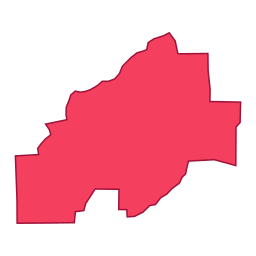 the district of Nova Bréscia, Rio Grande do Sul, Brazil
{"feature_id": "56859067B97551454910446", "entity_name": "Nova Bréscia", "entity_type": "district", "adm_level": 2, "iso_a3": "BRA", "parent_name": "Brazil", "parent_adm1": "Rio Grande do Sul", "projection": "natural_earth1", "projection_center": [-52.037, -29.217], "detail": "fine", "context": "isolated", "style": "filled", "palette": "rose", "viewbox_px": 256, "rotation_deg": 0, "n_neighbors": 0, "source": "geoboundaries", "source_scale": "gbopen_adm2", "svg_char_len": 930}
<svg xmlns="http://www.w3.org/2000/svg" viewBox="0 0 256 256"><path d="M228.8,163.6L235.8,165.6L236.0,127.1L240.1,122.5L240.6,102.1L209.9,101.5L210.1,89.4L208.1,70.4L207.9,53.5L177.9,53.8L175.1,40.8L169.2,32.8L163.3,35.8L153.9,38.8L148.1,42.7L146.7,49.7L142.4,51.3L136.9,52.9L130.8,57.7L125.8,62.8L122.4,66.3L119.4,73.6L114.6,79.0L108.3,81.3L102.2,81.3L98.5,84.7L94.7,87.2L90.4,89.6L85.8,91.3L80.5,92.2L75.3,91.1L70.8,94.9L68.9,100.7L66.3,107.0L66.0,114.6L66.9,119.7L45.6,124.1L49.3,129.6L50.8,134.7L45.6,138.8L40.9,144.0L37.7,148.4L38.6,154.6L15.4,155.9L17.0,200.6L17.1,223.2L48.1,223.0L74.3,222.7L75.4,211.7L83.8,210.6L85.8,203.4L90.5,196.2L95.1,189.0L119.0,189.3L118.7,209.5L126.8,209.7L127.2,216.9L134.5,216.4L142.9,212.2L149.7,205.6L155.5,204.5L160.8,197.6L166.7,194.2L172.2,188.4L179.3,183.2L182.2,177.1L185.6,173.9L186.7,168.3L188.5,161.1L214.2,159.7L228.8,163.6Z" fill="#f43f5e" stroke="#9f1239" stroke-width="1.5"/></svg>